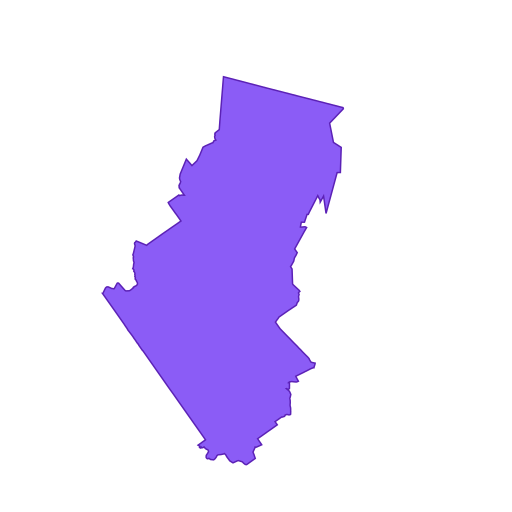 the district of Delicias, Chihuahua, Mexico, rotated 145°
{"feature_id": "50627088B94696650260706", "entity_name": "Delicias", "entity_type": "district", "adm_level": 2, "iso_a3": "MEX", "parent_name": "Mexico", "parent_adm1": "Chihuahua", "projection": "orthographic", "projection_center": [-105.441, 28.123], "detail": "fine", "context": "isolated", "style": "filled", "palette": "violet", "viewbox_px": 512, "rotation_deg": 145, "n_neighbors": 0, "source": "geoboundaries", "source_scale": "gbopen_adm2", "svg_char_len": 5977}
<svg xmlns="http://www.w3.org/2000/svg" viewBox="0 0 512 512"><g transform="rotate(145 256 256)"><path d="M129.5,362.5L151.0,387.6L179.8,421.5L207.9,387.6L213.6,380.6L218.8,380.3L218.9,380.0L219.1,379.8L219.5,379.8L219.9,379.5L220.0,379.0L220.1,378.5L220.3,378.2L220.8,378.1L221.1,377.9L221.6,377.2L222.1,376.2L222.4,374.8L222.4,374.0L224.5,374.5L226.3,373.5L227.1,373.8L234.1,375.2L237.0,375.5L244.2,370.9L249.7,367.9L256.6,366.8L257.5,375.3L271.1,366.6L273.9,363.8L274.6,362.3L275.0,360.2L276.1,359.3L276.8,358.8L277.3,358.8L277.7,358.4L278.0,358.2L278.5,358.1L278.6,357.9L278.7,357.7L278.8,357.4L279.0,357.1L279.2,356.9L279.5,356.7L279.4,356.2L279.7,355.7L279.9,355.4L279.8,355.1L279.8,354.7L279.8,346.9L280.8,347.6L281.0,347.8L281.4,348.2L281.5,348.3L282.3,348.7L284.1,349.4L284.2,349.6L284.2,350.2L297.2,350.2L297.4,349.1L297.6,346.1L297.5,340.5L297.5,339.1L297.5,337.3L297.4,335.5L297.4,332.9L297.4,331.5L297.4,329.8L297.4,327.7L319.6,327.8L338.4,327.7L339.4,327.4L342.3,332.0L345.5,337.0L346.1,336.7L346.4,336.7L346.7,336.5L347.4,336.5L347.7,336.5L347.9,336.3L348.2,336.1L348.3,335.9L348.5,335.7L348.8,334.7L349.2,333.6L351.5,331.5L354.9,328.5L355.7,327.9L356.1,327.7L356.3,327.3L356.4,326.6L356.7,325.8L357.0,325.3L357.6,325.0L358.3,323.7L359.1,322.4L359.7,320.5L360.9,319.5L361.5,318.8L362.1,318.1L362.9,317.2L364.3,316.3L364.0,315.9L363.9,315.2L364.0,314.8L364.5,313.8L364.9,313.5L364.8,313.2L364.8,312.5L364.9,312.2L365.0,311.6L365.2,311.1L365.9,310.4L366.0,310.1L366.3,309.3L366.5,309.0L366.9,308.9L367.1,308.5L367.1,308.0L367.2,307.5L367.5,307.2L367.9,306.8L367.9,306.6L368.0,306.5L368.2,306.4L368.0,305.0L368.0,304.9L368.2,304.7L368.3,304.5L368.3,304.3L368.2,304.2L368.3,304.0L368.5,302.1L369.2,301.0L370.6,300.4L372.4,300.5L373.0,300.8L374.5,300.7L374.5,300.3L378.8,300.0L379.9,300.3L382.4,301.9L382.7,302.2L383.0,302.8L383.6,308.1L384.1,312.6L384.6,313.0L384.9,313.3L385.4,313.3L390.6,310.7L391.2,310.6L392.0,311.5L392.8,312.1L392.9,312.3L394.0,314.2L394.8,315.5L395.8,316.2L396.4,316.3L397.7,316.1L402.9,313.2L403.2,313.4L403.1,288.9L403.1,275.9L403.2,273.7L403.2,270.6L403.2,269.9L403.4,269.5L403.4,268.3L403.3,267.0L403.2,264.5L403.1,262.4L403.1,262.1L403.1,258.8L403.2,258.5L403.1,257.3L403.2,252.6L403.0,252.3L403.1,251.9L403.0,251.6L403.1,251.3L403.0,251.2L403.0,250.8L403.0,250.5L403.2,250.1L403.2,247.5L403.2,246.8L403.2,246.7L403.2,245.9L403.2,243.7L403.0,243.4L403.0,197.3L402.9,190.5L402.9,187.1L402.9,181.4L402.8,143.8L402.8,134.4L412.0,134.3L411.9,134.0L411.1,132.2L412.1,131.5L411.4,130.3L410.4,130.7L410.3,130.1L409.9,129.7L409.6,129.5L408.1,129.4L407.9,127.5L407.6,126.9L407.6,126.3L407.5,126.1L406.9,125.5L406.6,124.8L406.6,124.5L406.7,124.2L406.9,123.6L407.1,123.0L407.2,122.9L407.4,122.8L407.6,122.7L408.5,122.3L408.9,122.1L410.4,121.5L411.0,121.3L411.8,120.4L412.4,119.5L412.4,119.1L412.4,118.8L412.4,118.5L412.3,118.2L412.2,117.9L411.9,117.6L411.2,117.3L410.7,117.3L410.4,116.9L410.1,115.6L409.9,115.3L407.6,113.3L407.4,113.3L405.9,113.4L404.4,113.9L403.6,114.2L403.2,114.4L402.8,114.7L402.5,114.9L401.3,114.9L400.9,114.8L400.4,114.5L398.5,113.4L397.5,113.0L396.1,112.4L395.2,112.3L394.8,110.2L395.0,109.5L395.0,108.9L395.0,108.3L395.1,108.2L395.0,104.8L395.0,103.3L393.6,99.9L393.3,99.7L388.8,98.9L387.9,98.6L387.2,97.8L386.7,97.1L386.0,96.2L385.3,95.3L385.2,95.0L385.0,93.4L384.6,92.1L384.4,91.5L383.8,90.8L383.3,90.5L382.1,90.5L372.7,90.6L372.2,92.4L371.8,93.7L371.5,94.6L371.4,95.3L371.2,95.9L371.1,96.5L370.9,97.1L370.1,97.6L367.9,98.9L367.3,99.3L366.5,99.7L366.4,100.0L366.2,99.9L366.2,99.6L365.9,99.4L365.5,99.3L364.9,99.1L364.2,99.0L363.9,98.9L363.3,98.8L361.8,98.5L359.6,98.1L359.5,105.4L335.4,105.5L335.4,109.4L328.2,109.4L327.3,109.4L326.9,109.0L326.2,108.7L325.5,108.7L325.1,108.4L324.7,108.3L324.2,108.4L323.7,108.8L323.2,109.0L322.9,108.8L322.1,108.7L321.7,108.5L321.3,108.2L321.0,107.9L320.7,107.5L320.1,106.9L319.4,106.6L318.7,106.4L318.4,106.6L318.2,106.7L318.0,107.1L317.4,107.9L316.7,108.8L316.5,109.2L316.0,109.9L315.5,110.6L315.2,111.1L314.9,111.5L314.3,112.8L314.2,113.2L313.9,113.8L313.7,114.2L313.1,115.0L312.5,115.7L312.3,115.9L310.9,118.0L310.2,119.5L310.0,120.0L309.7,120.3L309.3,120.5L309.1,120.6L306.9,122.6L306.8,123.0L306.6,124.0L306.4,124.8L306.3,125.8L306.2,126.0L306.6,127.8L307.2,129.9L306.9,129.8L306.6,128.5L306.4,127.9L305.8,128.1L305.0,128.3L304.7,128.2L304.2,128.9L303.9,129.2L303.8,129.4L303.6,129.7L303.5,129.9L303.3,130.1L303.2,130.3L303.0,130.5L302.8,130.8L302.5,131.1L302.0,132.1L301.8,132.4L301.6,132.6L301.3,132.9L301.8,133.4L301.7,133.4L301.5,133.6L301.2,133.7L300.8,133.7L300.5,133.6L299.4,133.0L298.7,132.6L297.0,131.1L295.3,129.7L294.5,129.4L293.8,129.2L293.7,129.2L293.1,129.1L293.0,129.9L292.9,131.1L292.7,132.6L292.5,134.1L292.4,134.7L289.8,134.3L285.3,133.6L283.4,133.3L282.2,133.2L281.3,133.0L276.2,132.3L273.4,131.7L273.1,131.6L272.7,131.2L271.5,132.2L269.9,133.4L269.0,134.3L271.1,136.6L271.8,137.5L271.7,139.6L271.6,140.6L271.4,141.4L271.4,141.8L271.6,143.7L272.1,146.3L272.9,151.0L273.2,153.5L273.7,156.0L274.0,158.5L274.9,163.5L275.3,166.1L275.8,169.4L276.1,171.0L276.4,172.8L278.0,182.6L278.0,189.7L278.0,190.7L277.7,190.8L275.2,191.7L273.9,192.1L272.2,192.8L267.7,192.8L263.0,192.8L260.6,192.8L257.5,192.7L255.9,192.7L253.3,192.6L251.1,192.6L250.9,192.8L249.3,193.9L248.9,194.2L247.2,194.6L246.6,195.0L246.2,195.4L245.4,196.5L244.6,198.1L243.8,199.0L242.9,199.6L242.7,199.9L242.5,201.1L242.3,201.5L241.8,201.6L241.2,201.8L240.4,201.8L240.3,202.9L242.0,210.9L242.1,211.8L241.9,212.4L233.9,224.7L233.8,227.5L232.4,228.0L228.1,230.1L225.6,232.4L222.9,233.6L220.3,235.1L220.3,239.6L202.3,248.4L198.2,250.3L198.5,250.9L198.8,251.3L198.9,251.6L199.2,251.9L200.9,252.9L201.9,253.4L203.0,254.3L199.5,257.7L196.9,255.9L190.3,260.8L189.3,260.1L187.1,261.4L170.8,270.0L171.2,267.4L171.3,265.4L172.5,263.3L166.3,266.3L174.2,250.7L141.7,277.8L139.0,276.0L123.9,296.1L127.4,304.6L119.5,322.6L100.0,326.5L99.6,327.6L129.5,362.5Z" fill="#8b5cf6" stroke="#5b21b6" stroke-width="1.5"/></g></svg>